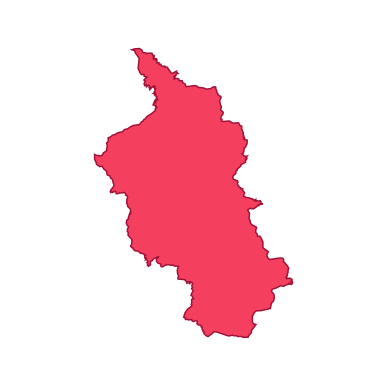 San Jacinto, Bolívar, Colombia (Equal Earth projection), rotated 53°
{"feature_id": "7082276B39027064553052", "entity_name": "San Jacinto", "entity_type": "district", "adm_level": 2, "iso_a3": "COL", "parent_name": "Colombia", "parent_adm1": "Bolívar", "projection": "equal_earth", "projection_center": [-75.131, 9.84], "detail": "fine", "context": "isolated", "style": "filled", "palette": "rose", "viewbox_px": 384, "rotation_deg": 53, "n_neighbors": 0, "source": "geoboundaries", "source_scale": "gbopen_adm2", "svg_char_len": 6058}
<svg xmlns="http://www.w3.org/2000/svg" viewBox="0 0 384 384"><g transform="rotate(53 192 192)"><path d="M317.1,266.2L317.2,260.7L316.8,258.7L318.8,256.4L328.4,249.9L329.7,248.3L330.5,246.0L332.1,245.0L333.8,242.8L334.9,242.6L336.6,240.0L339.0,238.4L341.8,234.4L340.9,233.1L340.0,229.0L338.6,228.3L336.3,220.6L333.9,222.4L331.3,221.4L327.5,218.4L325.7,214.4L325.6,212.2L328.4,208.1L332.2,199.6L329.0,196.0L328.4,194.6L328.2,192.7L326.2,190.1L323.2,188.2L319.1,188.3L317.9,186.4L319.2,183.0L320.3,177.3L322.5,175.7L322.8,172.7L323.4,171.5L323.3,170.0L323.8,170.3L324.3,168.4L324.8,169.0L325.6,168.4L325.5,166.9L324.3,165.8L322.9,166.7L322.7,165.2L321.8,164.7L319.6,165.8L319.4,166.8L318.3,167.6L318.3,168.4L317.1,168.5L316.0,165.9L314.4,164.8L314.3,164.0L312.6,162.7L311.2,160.7L308.6,160.3L302.4,160.6L301.2,159.6L299.8,159.2L298.2,160.7L296.5,163.4L292.7,170.6L290.0,171.1L287.2,170.1L285.6,167.0L279.2,168.9L274.8,165.6L271.0,164.6L268.2,164.4L266.8,166.2L264.3,165.2L262.6,165.5L260.3,163.5L259.7,162.1L258.7,161.8L253.9,164.0L251.4,163.9L249.7,162.7L247.7,162.6L243.7,158.9L239.8,158.4L240.1,155.1L241.6,154.2L242.4,152.8L242.7,149.3L242.4,148.0L243.1,146.9L242.3,146.8L242.2,146.2L243.8,143.7L244.0,143.0L243.5,142.8L242.1,144.0L241.3,142.9L239.9,142.8L239.5,144.2L238.3,145.1L237.6,146.5L236.4,145.6L236.6,146.6L236.1,147.5L235.7,147.0L234.0,147.9L230.5,150.4L228.3,152.7L227.3,152.6L226.7,153.3L225.2,152.3L224.4,150.5L221.1,150.5L219.8,149.5L218.8,151.0L217.9,150.6L216.8,151.4L215.6,151.0L214.0,151.4L212.4,150.5L212.0,149.5L210.3,148.9L206.8,151.3L204.6,150.5L203.9,149.4L203.5,145.8L201.8,144.7L201.8,142.8L201.0,142.0L200.6,137.3L199.8,137.0L199.7,136.4L200.4,131.3L199.3,130.5L198.8,129.2L198.4,129.5L198.4,128.0L197.8,127.7L197.0,128.3L196.5,126.4L196.1,127.4L194.5,128.7L191.7,129.1L191.9,127.6L188.5,123.8L188.4,122.4L186.6,119.0L183.8,116.7L181.5,118.7L181.0,117.8L180.3,118.2L180.0,117.3L178.6,117.6L178.3,116.8L177.4,116.8L175.6,115.5L171.2,114.2L169.3,112.6L167.9,113.7L164.8,113.2L161.5,118.0L157.7,119.5L154.6,124.4L153.1,125.8L151.9,124.3L151.0,125.1L149.6,123.8L149.0,122.8L148.7,121.1L147.7,119.5L146.9,119.1L144.2,119.6L142.8,119.2L142.4,118.0L141.2,117.0L140.0,117.0L135.7,115.1L134.0,111.8L132.8,111.5L132.0,112.2L129.3,112.6L128.8,112.1L126.8,112.1L125.8,111.2L124.1,111.1L122.7,110.0L121.7,110.3L121.3,111.0L120.6,113.1L120.8,115.0L119.3,117.0L119.0,118.2L115.7,120.3L112.2,124.1L111.2,124.0L109.0,125.3L104.3,133.4L101.7,132.5L98.9,133.6L97.2,132.9L95.5,135.2L93.8,134.5L93.2,134.8L91.5,136.6L91.2,138.3L90.8,138.4L89.8,136.3L89.4,137.2L88.9,136.9L88.8,135.8L89.3,135.4L89.3,134.7L88.0,133.3L88.9,131.9L86.8,132.2L86.2,131.6L85.5,136.1L84.7,137.0L77.4,136.7L76.0,138.4L75.3,137.9L73.1,140.6L71.2,140.0L70.4,141.4L68.8,140.5L67.7,142.4L65.1,140.3L64.6,140.6L64.8,141.7L64.2,141.6L63.9,140.7L63.0,142.5L62.6,141.7L62.1,142.3L60.9,142.0L61.2,140.8L60.8,140.2L59.8,140.2L59.0,141.1L57.0,140.5L54.5,143.8L54.2,145.1L52.9,145.3L50.8,147.5L48.9,146.6L45.9,147.5L43.2,151.6L42.2,154.4L44.5,152.7L46.7,153.5L53.4,153.7L60.8,160.6L65.1,161.7L67.8,161.8L68.9,159.8L69.6,159.6L70.8,160.6L73.2,158.9L73.5,162.7L74.0,163.1L75.0,162.4L76.8,165.2L78.5,165.7L78.4,164.5L79.0,163.9L81.0,165.6L80.5,164.5L80.7,162.3L81.9,162.2L82.7,163.3L83.4,162.4L84.2,163.0L83.9,163.6L84.8,164.1L84.1,159.5L85.1,159.6L84.8,158.3L85.4,158.0L85.5,158.9L86.2,159.4L87.4,158.7L87.4,159.8L88.8,160.4L89.3,161.8L90.0,161.6L90.0,163.4L91.1,162.1L91.8,163.5L92.2,163.3L91.9,162.4L92.2,162.2L93.2,162.7L93.3,163.3L94.8,162.8L95.9,164.4L96.2,163.5L97.8,163.8L97.2,166.0L96.5,165.8L96.4,166.3L97.0,167.3L97.5,166.6L98.8,167.2L97.8,168.6L99.0,170.7L101.5,168.7L102.0,168.8L102.0,169.8L103.4,169.5L103.3,171.0L104.5,171.9L104.8,172.9L105.1,176.8L104.6,182.5L105.4,185.4L105.2,186.9L105.9,188.5L105.6,190.0L106.5,193.5L103.6,198.7L102.9,201.8L102.8,205.3L101.5,208.5L102.1,211.6L100.8,213.7L99.9,216.6L99.7,219.3L98.8,221.1L99.0,223.7L98.3,226.4L100.4,227.7L101.2,229.1L101.5,230.8L104.7,232.1L105.4,233.4L107.7,235.4L107.4,239.5L108.5,240.8L108.3,243.3L104.6,246.7L103.4,247.2L107.5,250.2L111.0,250.8L112.4,251.6L116.2,250.4L117.4,248.2L121.0,248.6L123.7,247.7L127.4,249.4L129.8,247.9L132.1,248.7L132.8,248.1L135.2,248.3L136.9,249.4L138.9,249.7L140.5,251.6L141.7,255.9L142.2,256.1L142.5,257.1L143.5,257.2L143.6,256.5L144.5,255.8L144.4,254.6L145.0,254.3L145.3,252.9L146.3,252.7L147.7,253.5L148.5,252.8L148.9,251.1L151.9,246.1L153.9,246.2L154.6,246.9L156.2,246.0L157.8,246.9L158.7,248.5L162.0,251.1L163.6,251.2L164.9,252.1L168.4,251.5L171.2,253.0L172.8,254.4L172.4,255.4L172.0,255.2L174.2,258.4L175.2,258.7L175.2,261.0L177.1,263.1L179.9,263.8L181.8,263.5L182.6,265.7L184.6,267.4L186.2,267.4L188.0,269.1L193.8,268.6L197.0,271.2L198.4,273.7L200.2,273.5L200.9,272.8L202.6,273.3L204.8,272.8L206.3,271.0L209.2,269.9L209.9,270.1L210.8,268.9L213.3,267.5L214.1,268.1L214.7,267.3L215.0,268.4L215.8,269.0L216.6,268.6L216.9,269.2L217.5,268.4L218.2,269.9L218.6,268.9L220.7,269.1L221.4,269.8L221.3,270.5L222.9,270.7L223.5,271.7L224.4,271.3L225.1,271.6L225.2,269.0L222.5,267.1L222.8,265.3L222.2,261.9L222.8,261.0L223.2,258.1L223.6,257.8L224.4,261.0L226.1,262.1L228.3,262.0L230.8,260.3L232.4,261.5L233.4,261.4L234.2,260.0L234.2,257.8L235.8,254.5L237.7,253.2L239.3,250.8L240.6,250.7L242.9,247.6L243.7,247.7L244.3,249.4L246.1,251.2L248.8,252.8L251.3,253.4L251.9,254.8L253.0,255.6L257.7,250.5L258.9,250.7L260.8,249.9L261.1,250.8L261.9,251.0L262.0,249.2L263.9,248.9L263.0,247.6L262.1,248.2L262.5,247.3L265.4,246.4L266.6,248.4L268.6,249.3L268.9,250.5L271.8,250.4L272.4,252.5L274.0,255.0L275.4,254.5L278.2,255.0L277.5,255.8L277.7,257.0L280.5,259.0L281.2,260.2L282.3,260.0L282.9,261.8L282.9,266.1L283.4,267.7L284.4,270.4L287.0,274.0L288.5,273.1L289.4,273.9L290.2,273.7L290.6,272.6L292.2,271.7L293.6,269.0L294.9,269.5L296.2,269.0L297.1,266.2L298.2,265.7L298.9,265.7L299.9,267.2L300.7,267.2L302.0,267.0L303.6,265.1L304.3,265.0L305.2,265.9L306.1,265.1L307.7,266.6L308.4,266.3L310.2,267.2L310.7,266.5L312.5,267.7L315.5,267.1L317.1,266.2Z" fill="#f43f5e" stroke="#9f1239" stroke-width="1.5"/></g></svg>